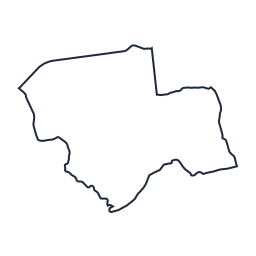 an SVG outline of Centre, rotated 263°
{"feature_id": "TGO-89", "entity_name": "Centre", "entity_type": "Region", "adm_level": 1, "iso_a3": "TGO", "parent_name": "Togo", "parent_adm1": "", "projection": "natural_earth1", "projection_center": [0.902, 8.593], "detail": "fine", "context": "isolated", "style": "outline", "palette": "slate", "viewbox_px": 256, "rotation_deg": 263, "n_neighbors": 0, "source": "natural_earth", "source_scale": "10m", "svg_char_len": 2711}
<svg xmlns="http://www.w3.org/2000/svg" viewBox="0 0 256 256"><g transform="rotate(263 128 128)"><path d="M58.9,99.1L60.3,98.3L60.8,96.3L61.0,94.0L61.6,92.2L65.1,91.0L67.8,89.9L70.3,87.2L71.0,86.9L73.0,86.8L73.9,86.5L74.5,86.0L75.1,84.9L75.1,84.0L74.8,83.4L74.3,82.9L73.9,82.4L73.9,81.6L74.1,80.9L74.8,80.1L79.9,76.3L80.3,75.7L80.5,74.9L80.7,74.1L80.8,73.2L81.2,71.7L81.7,71.1L82.5,70.6L84.7,70.1L85.6,69.7L86.9,68.2L87.2,67.7L87.5,67.2L87.9,66.7L90.6,64.6L91.2,63.8L91.7,63.0L91.9,62.3L92.2,61.6L92.6,61.0L93.1,60.6L93.8,60.4L94.7,60.6L95.6,60.8L96.7,60.8L98.4,60.7L99.1,61.0L99.6,61.7L99.7,62.5L100.0,63.3L100.3,63.9L104.3,65.6L105.1,65.7L106.8,65.9L107.6,66.0L109.6,66.9L110.5,67.0L111.2,67.1L112.0,67.1L116.8,65.9L119.1,65.7L120.1,65.2L121.2,64.5L123.0,62.8L124.7,60.8L126.9,58.6L127.4,57.6L127.5,56.8L126.1,53.4L125.8,51.8L125.8,46.4L125.6,43.7L125.6,41.9L125.9,40.2L126.5,38.6L126.8,38.0L127.1,37.6L127.4,37.3L131.8,36.1L141.3,34.6L143.3,34.6L149.6,36.2L151.2,36.3L153.6,36.2L171.2,30.5L173.4,30.6L175.8,29.1L180.8,24.5L181.5,25.7L191.6,37.9L199.5,47.5L202.2,52.8L203.2,56.4L203.9,60.4L204.1,78.9L204.3,95.1L204.4,108.8L204.7,128.6L204.7,133.0L204.9,134.8L205.5,136.4L208.8,141.2L209.4,142.7L208.9,145.3L204.7,153.3L204.5,154.5L204.5,157.1L203.9,160.7L204.3,161.3L157.5,160.7L157.5,161.6L157.4,162.2L156.9,163.5L156.7,164.2L156.7,170.6L156.7,171.5L156.9,172.3L157.8,174.3L157.9,175.2L158.0,177.0L158.2,177.9L158.6,179.4L158.7,180.2L158.4,182.7L158.5,183.4L158.8,184.2L159.1,184.8L159.5,185.3L160.4,186.3L160.8,186.9L161.0,187.7L161.0,188.6L161.0,191.5L160.9,192.4L160.3,194.8L160.1,196.5L160.0,199.3L159.4,202.6L159.4,206.2L159.3,207.1L159.2,207.9L157.4,212.0L157.2,212.7L157.3,213.4L157.6,214.0L158.3,214.9L158.2,215.3L158.1,215.5L154.1,218.8L150.3,220.1L139.5,222.7L137.2,222.8L135.1,222.6L133.3,222.1L132.0,221.4L130.9,221.0L125.5,219.7L124.1,219.1L122.3,219.1L110.0,220.9L108.2,220.9L107.6,220.6L107.0,220.4L106.3,220.7L105.0,222.8L104.6,223.3L104.1,223.6L102.7,224.1L92.6,225.6L91.4,226.1L89.4,227.6L88.4,228.5L87.7,229.3L85.7,230.3L79.3,231.0L76.7,231.5L75.5,221.7L75.6,216.2L75.5,213.4L74.4,207.8L73.9,200.9L73.2,197.3L73.9,196.2L74.9,195.3L75.6,193.4L75.3,191.4L74.5,190.1L73.5,189.0L72.9,187.4L73.1,185.5L73.7,184.9L74.7,184.8L75.8,184.2L80.0,179.8L82.2,178.2L87.8,175.3L89.8,173.9L90.8,171.6L90.3,168.0L89.8,167.5L88.3,167.2L87.8,166.7L87.7,166.0L87.8,164.5L87.5,162.3L87.5,160.6L87.2,159.1L82.4,154.4L80.7,148.8L78.5,143.4L70.2,138.9L66.8,136.1L63.8,132.8L61.6,129.9L56.5,125.9L51.4,117.7L47.7,108.5L46.9,103.0L46.6,101.2L47.5,99.7L49.1,99.4L50.6,100.1L52.0,103.4L53.3,101.7L54.1,99.2L53.5,98.6L54.8,98.1L56.0,98.3L57.3,98.8L58.9,99.1Z" fill="none" stroke="#1e293b" stroke-width="2"/></g></svg>